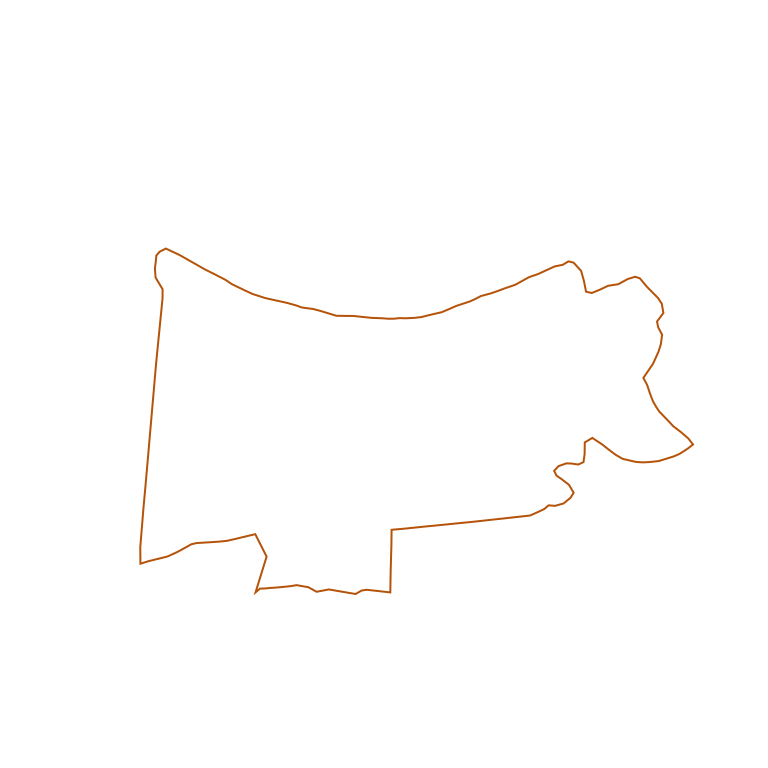 the district of Bacabeira, Maranhão, Brazil, rotated 71°
{"feature_id": "56859067B76385045703481", "entity_name": "Bacabeira", "entity_type": "district", "adm_level": 2, "iso_a3": "BRA", "parent_name": "Brazil", "parent_adm1": "Maranhão", "projection": "albers", "projection_center": [-44.352, -2.93], "detail": "fine", "context": "isolated", "style": "outline", "palette": "amber", "viewbox_px": 768, "rotation_deg": 71, "n_neighbors": 0, "source": "geoboundaries", "source_scale": "gbopen_adm2", "svg_char_len": 2117}
<svg xmlns="http://www.w3.org/2000/svg" viewBox="0 0 768 768"><g transform="rotate(71 384 384)"><path d="M541.8,111.5L534.6,114.0L526.3,118.8L518.0,124.3L511.2,127.3L499.9,132.6L494.7,134.0L488.0,135.3L479.6,135.6L470.5,135.5L462.7,136.8L458.3,130.9L452.5,123.1L442.9,114.0L436.4,109.2L427.9,105.0L419.6,106.3L413.8,105.5L407.8,96.7L398.4,95.2L391.7,97.0L386.9,99.3L377.6,103.8L367.3,107.7L364.4,111.6L364.1,119.3L365.9,130.0L364.1,140.3L365.1,149.1L365.6,157.9L362.5,162.9L351.5,161.4L341.2,160.8L331.0,165.2L328.1,169.7L329.5,176.2L328.4,184.3L329.2,192.6L330.2,202.7L330.2,212.2L331.3,218.4L332.9,227.6L332.9,239.6L333.1,246.1L333.1,253.4L332.4,263.7L333.4,270.8L333.9,276.0L333.7,290.5L334.4,298.4L334.9,306.2L334.1,313.5L333.4,320.5L332.9,326.8L331.4,333.6L328.9,342.2L326.9,347.4L325.4,353.6L323.8,358.4L321.1,364.7L317.3,374.5L309.5,391.2L307.6,396.8L304.0,406.8L294.0,420.6L290.0,426.6L284.9,436.8L281.1,441.5L275.6,449.5L264.1,468.3L260.3,473.3L256.1,479.0L249.5,485.8L240.0,495.4L234.0,499.9L224.9,508.6L217.8,515.6L195.5,535.3L184.9,546.2L185.9,553.2L188.4,557.4L193.4,559.7L200.2,563.0L209.0,565.3L222.3,562.5L230.9,565.5L290.4,592.8L301.9,597.9L377.3,631.4L404.5,643.5L421.8,651.3L459.0,667.6L474.6,672.8L474.9,663.7L476.6,644.8L475.5,633.8L472.8,618.1L473.4,612.9L474.9,607.5L477.0,599.9L479.4,591.1L481.1,583.8L482.0,576.0L483.3,562.3L484.1,554.6L509.0,551.2L539.2,573.3L537.1,567.8L538.7,562.7L539.9,557.5L541.3,552.5L543.4,543.9L544.9,537.2L545.7,532.2L551.5,521.7L558.5,515.4L560.3,503.0L573.3,479.3L572.0,472.3L573.0,467.2L583.1,445.9L562.5,438.4L539.4,429.7L533.0,427.4L524.3,424.3L527.5,411.5L532.1,391.7L534.8,380.5L540.0,358.4L543.1,345.4L555.9,288.7L555.2,280.4L554.4,273.2L552.3,267.9L554.9,261.9L555.4,253.1L552.3,244.7L548.6,240.1L539.6,241.9L531.4,247.3L526.8,250.7L521.5,251.4L518.5,245.8L518.4,237.6L520.0,233.1L523.4,226.5L522.8,220.8L515.5,217.1L504.6,213.2L502.8,204.6L512.0,197.5L519.5,192.7L526.5,187.9L532.5,182.7L535.6,177.7L539.8,171.0L542.4,164.7L544.2,158.5L546.3,149.4L546.8,133.8L546.3,127.2L543.9,117.6L541.8,111.5Z" fill="none" stroke="#b45309" stroke-width="2"/></g></svg>